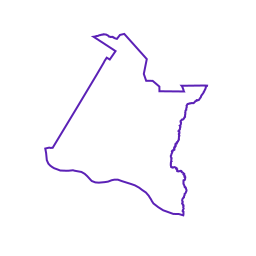 Ramallo, Buenos Aires, Argentina, rotated 168°
{"feature_id": "61730980B89935327549189", "entity_name": "Ramallo", "entity_type": "district", "adm_level": 2, "iso_a3": "ARG", "parent_name": "Argentina", "parent_adm1": "Buenos Aires", "projection": "robinson", "projection_center": [-60.168, -33.589], "detail": "fine", "context": "isolated", "style": "outline", "palette": "violet", "viewbox_px": 256, "rotation_deg": 168, "n_neighbors": 0, "source": "geoboundaries", "source_scale": "gbopen_adm2", "svg_char_len": 5217}
<svg xmlns="http://www.w3.org/2000/svg" viewBox="0 0 256 256"><g transform="rotate(168 128 128)"><path d="M95.3,191.5L112.1,220.8L116.5,220.7L120.3,217.5L122.0,218.4L122.5,218.8L122.8,218.9L123.1,219.3L123.1,219.5L123.3,219.7L123.6,219.9L123.9,220.2L124.1,220.1L124.5,220.4L124.8,220.3L125.6,220.7L126.2,220.6L126.4,220.7L127.0,221.3L127.3,221.4L127.6,221.4L127.8,221.6L128.0,222.1L128.4,222.7L128.9,223.1L129.1,223.2L130.2,224.1L131.0,224.2L132.0,224.7L132.3,224.6L132.6,224.8L132.8,224.8L133.1,224.6L133.4,224.7L133.9,224.6L134.2,224.6L134.5,224.8L134.8,224.8L135.6,224.6L136.7,224.7L138.4,224.3L138.8,224.4L139.2,224.4L139.4,224.5L139.8,224.5L141.4,224.3L142.7,224.4L124.2,205.8L131.6,198.8L134.2,201.2L137.0,198.4L138.2,196.9L147.6,186.6L172.9,159.4L205.8,124.3L206.9,124.5L207.6,124.5L208.5,124.9L209.2,125.2L213.2,125.1L213.3,120.6L214.1,113.4L213.3,109.7L211.9,107.4L210.3,105.6L208.6,104.0L205.7,102.2L203.1,100.5L196.8,98.9L195.3,98.6L190.6,98.1L189.1,97.3L182.7,94.7L179.9,92.2L177.9,89.4L175.5,85.3L174.5,83.7L171.3,81.6L167.9,80.6L162.1,79.9L158.6,79.7L154.9,80.3L152.0,80.3L148.7,79.6L145.0,77.3L136.5,72.5L133.2,70.5L129.5,67.3L127.1,64.5L123.9,61.2L121.8,57.4L121.2,55.6L120.3,53.3L119.9,51.7L118.8,48.9L114.9,44.3L110.7,40.2L101.5,34.5L96.2,33.3L92.1,31.1L91.7,32.0L91.6,32.5L91.3,33.9L91.1,34.6L91.2,34.9L91.7,34.9L91.8,35.0L91.9,35.3L91.8,35.6L91.5,36.1L91.3,36.5L90.6,37.2L90.3,37.6L90.3,37.9L90.5,39.0L90.3,39.6L89.9,39.9L89.8,40.3L90.2,41.0L89.9,41.4L89.9,41.7L90.0,41.8L90.6,42.4L90.8,42.8L90.7,43.2L90.0,43.9L89.8,44.3L89.8,44.6L89.9,45.0L90.1,45.2L90.1,45.5L90.1,45.9L89.5,47.2L89.1,47.6L88.8,47.9L88.5,48.0L88.3,48.3L87.7,48.5L87.6,48.9L87.6,49.3L87.0,50.1L86.8,50.3L86.6,50.6L86.4,51.7L86.2,51.8L85.6,52.1L84.9,52.8L84.4,53.7L83.8,54.4L83.7,55.5L83.9,56.3L83.8,57.0L84.0,57.8L84.1,58.0L84.6,58.0L84.8,58.2L84.8,58.4L84.7,58.6L84.6,58.9L84.9,59.4L84.9,60.2L85.1,60.8L85.1,61.3L85.4,61.8L85.4,62.0L85.2,62.4L85.1,62.7L85.1,63.3L84.9,63.6L84.9,64.2L84.7,64.8L84.6,65.3L84.3,65.4L83.8,65.2L83.4,65.3L83.2,65.5L82.7,66.3L82.6,67.0L82.4,67.3L82.3,67.6L82.9,68.1L82.9,68.6L82.7,68.9L82.3,69.1L82.4,69.3L82.8,69.4L82.9,69.6L82.7,70.0L82.8,70.3L83.1,70.7L82.6,70.8L82.5,71.3L82.5,71.5L82.9,71.8L83.3,72.5L83.5,72.8L83.9,73.1L84.3,73.7L84.7,73.7L84.8,74.2L84.7,74.5L84.7,74.8L84.8,74.9L85.3,75.2L86.5,75.1L87.1,75.1L87.4,75.0L88.0,75.1L88.2,75.4L88.8,75.6L88.7,76.0L88.4,76.1L88.5,76.5L88.9,76.9L88.9,77.1L88.6,77.4L88.5,77.6L88.8,77.9L88.8,78.2L88.9,78.4L88.9,78.5L89.5,78.5L89.5,78.9L89.5,79.3L89.7,79.5L91.0,80.2L91.8,79.9L92.8,80.0L92.9,80.5L93.0,80.6L93.4,80.8L93.8,80.8L94.0,81.0L93.8,82.1L93.9,82.6L93.9,83.0L93.5,83.7L93.6,84.1L93.4,84.4L93.2,84.7L93.2,84.8L93.3,85.1L93.2,85.3L93.1,85.6L92.8,86.3L92.7,86.5L92.4,86.5L92.5,87.0L92.4,87.3L92.4,87.7L92.1,88.1L92.1,88.6L92.1,88.9L91.7,89.2L91.6,89.5L92.0,90.5L92.1,90.9L91.9,91.9L91.6,92.1L91.4,92.4L90.8,93.7L90.3,94.2L90.0,94.7L89.8,94.9L89.7,95.3L89.9,95.5L90.0,95.9L89.8,96.3L89.2,96.7L88.9,96.5L88.5,96.5L88.4,96.6L88.2,97.0L87.9,97.3L87.6,97.1L87.3,97.0L87.1,97.1L87.0,97.7L87.3,97.9L87.3,98.1L87.1,98.5L86.9,99.3L86.7,99.4L86.2,99.3L85.8,99.7L86.1,99.8L86.1,100.1L85.9,100.2L85.4,100.4L85.0,100.8L85.1,101.0L85.3,101.2L85.3,101.5L85.2,101.7L84.9,102.2L84.9,102.5L84.6,102.8L84.4,102.8L84.3,102.5L84.1,102.5L83.8,102.7L83.6,102.6L83.4,102.8L83.3,103.0L83.2,103.2L83.3,103.5L83.2,103.9L83.1,104.0L82.4,104.1L82.0,104.4L81.8,104.6L81.7,105.0L81.4,105.5L80.9,105.7L80.7,105.9L80.4,106.7L80.4,106.9L80.5,107.3L80.2,107.9L80.0,109.0L79.8,109.3L79.4,109.6L79.3,110.0L79.6,110.3L79.6,111.3L79.3,111.4L79.2,111.6L79.2,111.9L79.2,112.0L78.8,112.2L78.5,113.4L78.6,113.8L79.1,114.0L79.3,114.2L79.3,114.5L78.7,114.8L78.3,115.4L77.6,115.7L77.4,116.2L77.3,116.9L76.9,117.4L76.8,117.5L76.9,117.9L76.4,118.7L76.5,119.0L76.8,119.2L76.9,119.5L76.5,119.6L76.3,119.7L76.2,119.9L75.7,120.4L75.4,121.0L75.2,121.6L75.1,121.9L75.0,122.3L75.3,122.7L75.3,123.0L75.2,123.8L75.0,124.0L74.5,124.1L74.1,124.6L73.6,125.0L73.3,125.1L73.0,124.8L72.7,124.8L71.9,125.1L71.4,125.7L71.1,125.9L70.8,126.5L70.3,126.6L69.9,127.0L70.0,127.4L69.7,127.8L69.6,128.0L69.6,128.7L69.5,129.0L69.2,129.3L69.1,129.7L68.9,130.0L68.9,131.1L68.6,131.4L68.3,132.6L68.1,133.1L67.6,133.5L67.2,133.7L67.2,134.2L67.0,134.6L66.9,135.3L66.3,135.9L66.2,136.2L66.2,136.8L65.9,137.3L65.9,137.6L66.0,137.8L65.9,137.9L65.6,138.1L65.4,138.4L65.0,138.9L64.6,139.1L63.6,138.9L63.3,139.1L63.0,139.3L62.7,139.2L62.0,139.3L61.6,139.0L60.5,139.2L59.8,138.9L59.3,138.9L59.0,138.7L58.7,138.7L58.1,139.0L57.3,139.6L56.9,139.8L56.6,140.2L55.4,140.3L55.4,140.6L55.1,141.0L54.7,141.0L54.1,140.7L53.4,140.6L52.9,140.7L52.2,141.3L51.6,142.0L51.2,142.3L50.5,142.8L50.4,143.0L50.0,143.7L49.9,144.0L49.6,144.2L49.0,145.0L48.5,145.2L48.1,145.7L47.3,146.3L47.0,146.7L46.8,146.9L46.4,147.6L46.0,147.7L45.8,148.2L45.0,149.1L44.8,149.6L44.5,149.7L44.0,150.4L43.8,150.9L43.5,151.3L43.4,151.9L43.1,152.1L42.8,152.5L42.6,152.6L42.1,152.6L41.9,153.0L44.1,153.6L60.5,156.9L66.8,158.2L66.6,157.8L66.3,157.5L66.2,157.0L66.3,156.5L66.1,156.0L66.1,155.5L66.0,155.0L65.8,153.6L65.8,153.1L65.9,152.8L65.7,152.1L89.6,157.4L88.7,162.0L94.1,169.0L100.4,170.4L101.3,177.6L95.3,191.5Z" fill="none" stroke="#5b21b6" stroke-width="2"/></g></svg>